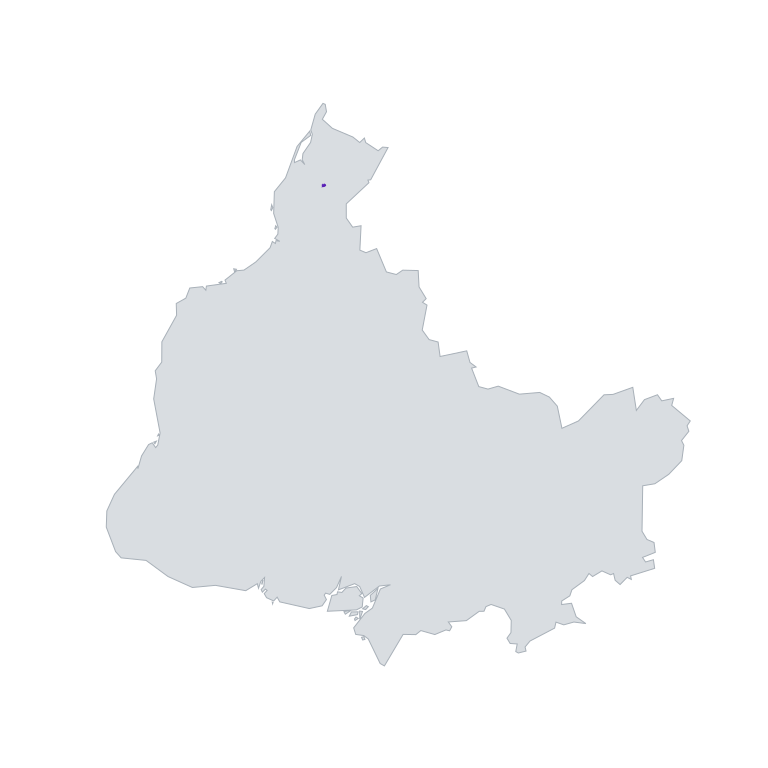 Nicolau Vergueiro, Rio Grande do Sul, Brazil (highlighted), rotated 171°
{"feature_id": "56859067B10489140386792", "entity_name": "Nicolau Vergueiro", "entity_type": "district", "adm_level": 2, "iso_a3": "BRA", "parent_name": "Brazil", "parent_adm1": "Rio Grande do Sul", "projection": "orthographic", "projection_center": [-52.451, -28.521], "detail": "fine", "context": "in_parent", "style": "filled", "palette": "violet", "viewbox_px": 768, "rotation_deg": 171, "n_neighbors": 0, "source": "geoboundaries", "source_scale": "gbopen_adm2", "svg_char_len": 4381}
<svg xmlns="http://www.w3.org/2000/svg" viewBox="0 0 768 768"><g transform="rotate(171 384 384)"><path d="M190.0,160.1L198.0,165.3L208.1,161.2L211.2,164.8L216.8,158.5L230.6,151.4L233.6,145.7L242.4,141.9L243.1,138.4L233.1,138.1L230.6,124.0L222.1,115.8L233.7,119.2L244.1,118.0L251.4,121.9L253.7,116.2L280.0,107.3L285.8,102.2L285.5,98.0L293.4,97.3L295.7,99.1L293.1,106.4L300.0,108.0L302.3,113.7L297.5,118.6L295.3,130.6L300.3,142.9L312.7,149.5L318.1,148.2L320.8,143.9L325.5,144.6L339.7,137.4L357.7,138.9L355.0,133.6L357.8,130.0L361.3,131.4L373.0,128.6L386.2,134.7L391.8,131.5L404.3,133.7L427.7,105.5L431.5,108.5L439.4,134.6L443.3,138.7L451.1,141.1L452.1,147.9L438.7,160.4L430.5,164.5L419.6,182.1L409.0,184.7L420.2,185.2L436.6,176.3L439.7,187.8L444.2,191.4L461.2,187.8L456.1,200.6L462.7,190.4L470.5,184.7L474.4,186.6L476.1,184.8L474.6,180.1L479.8,174.6L492.9,173.9L521.0,185.1L522.9,190.2L526.9,187.0L533.4,191.3L535.1,195.7L531.7,198.4L533.2,200.0L536.7,197.4L537.5,200.2L534.3,202.9L532.2,211.6L536.6,208.3L539.9,201.9L540.4,206.6L552.9,201.5L582.0,211.5L605.1,213.0L627.4,227.6L646.6,247.0L670.8,253.4L675.3,260.4L680.7,286.1L677.6,302.0L667.5,317.2L640.2,341.2L640.3,338.9L634.7,350.9L626.0,361.0L622.1,362.2L619.5,356.9L617.0,359.1L612.8,370.7L613.8,405.3L607.8,424.7L607.9,432.8L600.1,440.4L596.8,460.4L578.1,484.3L576.6,496.0L566.3,499.8L560.8,509.2L547.9,508.5L545.3,504.5L544.1,508.5L524.0,508.1L524.8,511.5L511.7,518.9L504.5,518.4L491.5,524.6L475.2,536.4L472.0,542.2L469.3,539.8L468.2,542.5L464.6,541.2L469.2,544.9L465.4,548.6L464.0,555.2L466.3,569.7L462.2,591.1L449.0,603.0L432.7,632.2L417.8,645.4L417.5,641.0L428.0,635.6L437.4,619.5L437.7,616.7L431.5,618.4L427.9,613.1L429.7,618.3L428.0,624.3L418.7,634.1L415.7,641.9L416.6,646.3L409.7,661.3L400.4,670.7L398.3,669.4L398.2,661.9L403.5,655.1L395.0,644.6L376.1,632.8L370.2,626.3L364.9,630.0L364.3,625.3L353.3,615.3L348.3,618.2L343.0,616.9L365.2,587.8L368.0,587.9L367.4,585.2L393.1,567.8L395.3,553.8L390.4,543.8L381.9,543.9L386.9,520.0L381.3,516.5L370.1,518.9L364.1,494.3L354.7,490.2L347.7,493.5L332.5,490.7L334.2,474.4L329.0,461.7L333.2,458.7L329.2,455.2L337.8,431.3L332.5,420.8L324.0,417.0L324.3,402.4L297.1,403.8L295.7,391.8L290.4,386.4L295.0,386.0L290.8,366.6L282.1,362.7L271.5,364.0L251.9,352.8L231.5,351.3L222.7,345.2L216.3,335.0L215.2,312.4L197.7,317.1L168.4,338.9L159.4,337.9L138.8,341.8L138.9,318.4L129.2,327.8L115.6,330.6L112.3,323.9L100.2,324.5L103.2,317.8L87.3,299.6L91.2,295.3L90.3,289.6L99.0,281.6L97.4,276.6L101.9,261.7L116.8,250.3L132.1,243.1L144.4,243.0L152.2,198.2L148.6,189.3L142.1,185.2L142.4,175.3L155.8,172.3L153.5,167.3L145.4,168.3L145.5,159.6L170.5,155.9L170.3,152.3L174.1,155.0L182.2,149.0L186.4,154.0L186.9,160.9L190.0,160.1ZM446.6,165.2L475.5,168.4L468.6,183.3L463.4,183.4L462.4,186.0L458.2,184.7L453.5,188.4L442.6,188.2L438.7,180.5L441.5,178.7L438.1,175.9L440.4,167.2L446.6,165.2ZM422.0,183.0L426.4,172.2L431.0,170.8L430.6,177.4L422.0,183.0ZM454.6,160.1L451.8,164.0L445.2,163.0L446.3,160.4L454.6,160.1ZM444.7,155.5L443.6,163.6L440.8,162.7L444.7,155.5ZM459.2,165.4L455.0,165.7L453.1,165.0L458.2,162.7L459.2,165.4ZM440.3,165.3L436.1,167.9L434.3,166.5L437.4,164.1L440.3,165.3ZM448.1,158.2L446.1,156.5L449.6,154.9L449.9,156.5L448.1,158.2ZM445.8,137.3L443.4,137.6L442.8,134.7L445.1,134.5L445.8,137.3ZM466.9,578.6L466.3,575.6L468.1,572.9L468.6,573.8L466.9,578.6ZM514.0,517.9L514.4,521.3L511.8,520.4L514.0,517.9ZM466.2,557.3L465.2,555.6L467.0,553.8L467.5,554.5L466.2,557.3ZM535.9,206.4L534.1,209.4L535.9,205.0L535.9,206.4ZM620.5,362.6L617.7,363.2L619.6,360.8L620.5,362.6ZM531.1,509.9L528.4,510.8L527.8,510.2L529.6,508.8L531.1,509.9ZM615.7,368.2L614.5,369.9L613.9,368.6L615.7,368.2ZM528.4,184.3L528.5,186.1L527.7,185.7L528.4,184.3Z" fill="#d9dde1" stroke="#a8b0b8" stroke-width="1"/><path d="M410.9,589.6L410.9,589.8L411.0,589.9L411.1,589.7L411.3,589.7L411.3,589.8L411.3,590.0L411.5,590.3L411.6,590.2L411.7,589.9L411.8,590.0L412.0,590.1L412.3,590.1L412.5,590.0L412.6,589.9L412.7,590.0L412.8,590.0L413.0,590.1L413.3,590.2L413.5,590.2L413.5,589.9L413.5,590.0L413.6,589.9L413.7,589.7L413.6,589.4L413.4,589.3L413.3,589.2L413.2,589.0L413.4,588.8L413.2,588.8L413.2,588.7L412.9,588.7L412.8,588.8L412.7,588.9L412.4,588.8L412.4,588.7L412.2,588.7L412.1,588.8L411.9,588.8L411.7,588.9L411.4,589.0L411.2,589.1L411.0,589.4L410.9,589.4L410.9,589.5L410.9,589.6Z" fill="#8b5cf6" stroke="#5b21b6" stroke-width="1.5"/></g></svg>